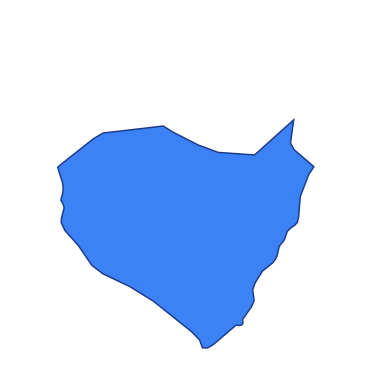 the Region of Dikhil, rotated 308°
{"feature_id": "DJI-1569", "entity_name": "Dikhil", "entity_type": "Region", "adm_level": 1, "iso_a3": "DJI", "parent_name": "Djibouti", "parent_adm1": "", "projection": "mercator", "projection_center": [42.104, 11.405], "detail": "fine", "context": "isolated", "style": "filled", "palette": "blue", "viewbox_px": 384, "rotation_deg": 308, "n_neighbors": 0, "source": "natural_earth", "source_scale": "10m", "svg_char_len": 914}
<svg xmlns="http://www.w3.org/2000/svg" viewBox="0 0 384 384"><g transform="rotate(308 192 192)"><path d="M119.5,313.1L117.4,312.8L115.9,311.5L115.2,310.0L114.4,308.7L84.9,302.7L78.7,300.3L76.9,297.9L75.6,296.2L80.1,289.0L81.6,278.1L82.2,229.2L79.2,201.5L72.7,172.2L72.5,158.3L79.9,135.2L83.3,115.9L87.3,107.8L91.0,105.3L100.8,101.0L103.2,97.7L104.6,94.1L106.8,92.6L109.6,91.7L113.0,90.0L116.5,87.4L119.3,84.6L128.8,70.9L132.9,71.7L173.3,81.5L183.7,85.6L226.3,128.7L227.3,139.4L232.9,168.1L239.3,188.2L259.7,218.5L311.5,227.7L291.3,239.4L288.2,246.3L287.0,271.9L286.9,272.5L277.3,273.3L254.9,280.2L238.3,291.2L232.9,293.7L229.1,293.5L225.3,292.2L219.6,291.3L211.5,294.1L209.3,294.3L204.9,294.1L202.7,294.3L193.8,298.4L190.5,299.2L185.7,299.2L172.9,296.2L159.2,297.7L152.5,299.9L144.7,307.8L137.8,309.6L123.7,310.2L122.0,310.9L120.9,312.1L119.5,313.1Z" fill="#3b82f6" stroke="#1e3a8a" stroke-width="1.5"/></g></svg>